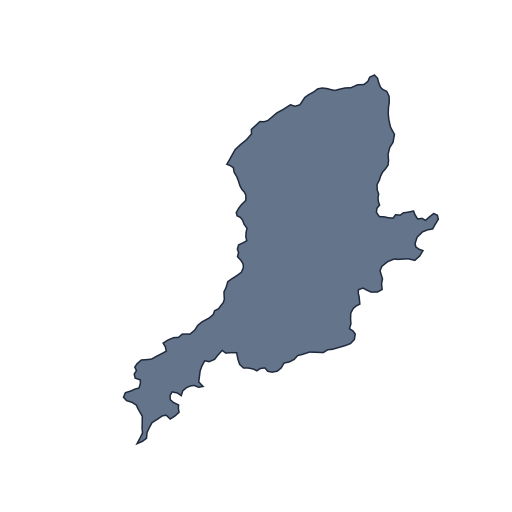 the district of Ibitirama, Espírito Santo, Brazil, rotated 63°
{"feature_id": "56859067B18321195948026", "entity_name": "Ibitirama", "entity_type": "district", "adm_level": 2, "iso_a3": "BRA", "parent_name": "Brazil", "parent_adm1": "Espírito Santo", "projection": "robinson", "projection_center": [-41.679, -20.517], "detail": "fine", "context": "isolated", "style": "filled", "palette": "slate", "viewbox_px": 512, "rotation_deg": 63, "n_neighbors": 0, "source": "geoboundaries", "source_scale": "gbopen_adm2", "svg_char_len": 3335}
<svg xmlns="http://www.w3.org/2000/svg" viewBox="0 0 512 512"><g transform="rotate(63 256 256)"><path d="M141.1,202.7L145.2,204.6L148.2,212.1L149.6,219.0L151.7,226.2L155.4,231.8L158.4,236.2L161.0,240.3L163.7,238.0L166.9,236.1L171.7,237.5L176.3,237.1L181.3,237.6L185.9,238.4L190.1,238.4L193.7,237.4L197.1,237.4L201.8,239.8L203.6,245.5L205.5,249.6L208.4,253.9L211.6,254.6L214.4,252.5L217.7,251.7L222.4,252.2L227.2,251.4L230.5,254.2L234.5,256.4L238.2,257.3L238.4,261.8L238.2,266.5L241.5,269.5L244.9,269.9L248.2,272.8L253.1,271.4L257.3,271.1L260.7,272.6L263.9,276.5L264.8,282.1L265.3,287.5L266.0,292.7L270.6,297.1L273.4,300.8L276.8,302.4L280.1,303.8L282.6,306.2L284.2,309.7L286.0,313.4L286.0,317.8L288.7,320.6L290.0,326.0L290.1,333.7L291.4,339.5L294.3,344.3L295.6,350.3L292.1,357.1L293.3,362.1L291.4,366.3L290.9,372.3L291.4,378.3L295.8,378.0L300.0,379.1L300.2,383.9L300.2,390.1L300.4,396.1L298.1,401.9L296.6,405.4L297.9,410.7L300.0,414.5L303.8,414.5L305.9,418.1L309.9,419.1L314.0,415.3L317.2,417.0L320.5,420.2L319.6,424.6L319.5,428.4L318.5,434.4L321.7,438.2L326.1,437.0L330.0,433.0L334.5,430.3L338.4,430.5L342.4,430.3L347.2,430.1L353.1,433.2L358.2,435.9L362.1,437.4L365.4,441.7L369.2,447.2L369.6,441.3L368.7,436.3L363.8,433.2L360.3,428.7L357.3,424.3L356.6,417.0L355.9,412.1L357.1,408.3L362.3,406.5L361.7,400.5L360.3,395.5L356.6,394.4L353.6,392.6L349.0,396.1L345.1,397.6L341.3,395.9L339.0,392.4L342.4,388.2L346.5,386.0L342.9,382.5L341.7,377.5L342.0,373.5L343.3,369.8L346.9,366.7L348.2,362.4L342.2,364.2L336.8,360.5L333.1,358.0L329.6,354.3L326.1,349.3L328.9,345.7L329.3,339.8L327.1,335.2L324.8,329.0L328.7,327.1L330.7,322.3L333.4,317.2L339.5,318.9L345.1,319.8L350.1,318.0L352.2,313.9L355.5,309.7L358.7,307.4L358.2,303.1L359.8,298.9L364.1,297.9L366.8,294.4L368.3,289.4L367.2,284.4L364.1,279.7L365.5,274.5L365.5,269.0L363.6,264.0L364.7,259.6L365.9,251.9L369.0,246.3L372.6,239.9L372.1,234.6L373.8,230.4L375.1,223.7L376.3,217.4L376.9,211.5L375.1,206.3L370.6,203.0L366.8,203.6L363.2,205.7L359.5,202.2L355.0,200.3L349.8,197.4L346.9,193.2L346.0,189.5L346.0,185.3L342.4,183.9L338.8,182.5L335.6,181.8L332.5,180.0L333.2,175.2L336.3,173.1L340.4,169.8L343.2,164.2L343.1,158.8L337.7,156.7L333.9,153.7L329.9,153.0L325.5,152.2L322.3,148.5L320.8,141.2L321.4,134.4L323.6,130.8L325.5,126.3L327.7,121.5L332.0,116.5L330.3,110.1L327.0,104.8L323.7,107.9L320.3,109.5L317.0,108.5L312.4,103.9L310.1,96.7L310.6,91.2L312.1,86.3L309.7,82.8L306.0,76.8L302.0,75.9L298.8,78.4L300.0,84.2L301.2,88.8L297.9,90.9L296.3,95.2L291.0,95.6L287.4,95.2L286.0,100.6L284.4,105.2L285.1,108.9L282.6,112.9L284.4,116.6L282.5,120.1L279.3,124.0L276.9,128.2L271.8,128.9L268.3,126.5L266.8,122.8L262.9,122.2L259.6,120.9L256.5,118.6L252.1,118.0L247.3,115.7L244.2,111.4L241.4,108.8L238.7,105.1L237.1,101.0L235.0,97.1L231.2,94.6L225.3,92.1L220.0,87.6L217.0,82.4L213.8,79.9L210.5,77.4L205.5,77.6L202.1,77.6L198.9,76.8L194.7,75.7L189.3,73.6L183.9,70.6L179.6,67.5L174.1,64.9L168.6,64.8L165.4,67.3L162.1,68.5L156.3,67.8L152.9,67.0L148.5,68.3L148.3,73.5L151.2,77.0L152.2,82.0L149.5,87.9L149.2,95.0L146.7,100.4L145.3,105.8L144.4,110.4L141.9,113.6L139.2,116.5L136.4,120.7L135.1,125.2L136.0,130.0L136.2,136.1L136.9,140.6L141.2,148.2L140.3,153.3L136.9,156.6L137.8,165.9L137.9,172.1L140.7,184.1L140.0,187.9L138.0,191.5L139.6,197.2L141.1,202.7Z" fill="#64748b" stroke="#1e293b" stroke-width="1.5"/></g></svg>